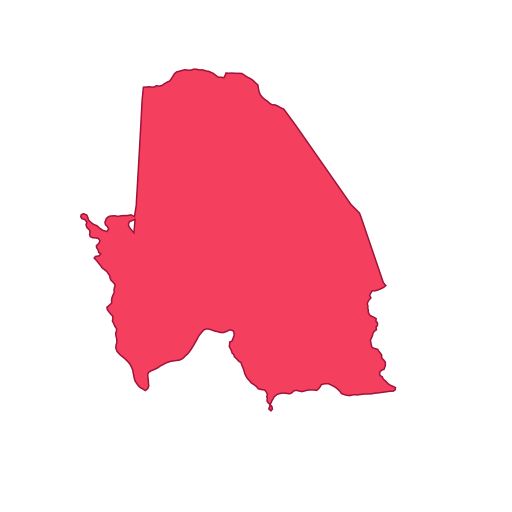 Verdelândia, Minas Gerais, Brazil, rotated 291°
{"feature_id": "56859067B9302014521785", "entity_name": "Verdelândia", "entity_type": "district", "adm_level": 2, "iso_a3": "BRA", "parent_name": "Brazil", "parent_adm1": "Minas Gerais", "projection": "equal_earth", "projection_center": [-43.704, -15.563], "detail": "fine", "context": "isolated", "style": "filled", "palette": "rose", "viewbox_px": 512, "rotation_deg": 291, "n_neighbors": 0, "source": "geoboundaries", "source_scale": "gbopen_adm2", "svg_char_len": 4744}
<svg xmlns="http://www.w3.org/2000/svg" viewBox="0 0 512 512"><g transform="rotate(291 256 256)"><path d="M90.7,200.9L93.5,202.5L96.2,202.5L98.7,201.2L101.3,200.0L103.8,198.7L106.4,197.4L108.8,197.4L111.0,199.1L113.5,201.6L115.8,203.9L119.3,206.3L121.8,208.6L123.4,209.8L124.9,211.5L126.8,213.7L128.3,216.2L129.6,218.5L131.4,221.9L134.0,224.3L135.9,225.2L137.9,226.0L139.7,227.1L142.3,228.0L145.7,228.9L147.9,229.3L150.6,229.8L153.6,230.3L156.5,230.7L159.4,231.0L161.4,231.4L163.7,232.1L165.5,232.7L168.1,233.7L170.1,235.7L170.9,238.1L171.1,241.1L171.1,243.9L171.5,246.7L171.9,250.5L172.8,252.9L174.2,254.7L175.9,256.4L177.8,258.2L178.0,261.6L175.5,263.5L173.5,264.1L171.8,264.0L169.8,264.1L167.9,264.0L166.3,262.3L164.0,263.0L161.9,263.5L160.3,265.4L158.8,267.0L156.8,268.5L155.9,270.7L154.2,271.9L153.2,274.5L151.6,277.7L150.9,280.6L149.3,281.5L147.7,283.2L145.9,284.8L144.3,286.1L142.0,287.8L140.0,290.0L138.5,292.0L137.2,294.7L135.7,297.3L135.2,300.3L134.2,303.4L132.8,305.7L133.3,309.2L134.0,312.1L132.8,314.2L130.8,316.3L128.7,316.4L127.0,317.6L124.7,318.2L123.3,319.9L122.4,322.3L124.5,322.7L126.6,322.7L128.6,323.1L131.2,323.5L134.0,325.1L135.8,327.1L137.6,330.0L138.5,332.9L139.3,336.6L141.2,338.6L143.4,339.4L145.0,341.7L145.4,344.6L145.8,347.4L147.2,349.4L148.9,351.7L150.3,354.4L151.4,357.2L152.3,360.8L154.1,361.9L156.7,362.7L159.3,363.1L161.2,365.6L162.7,369.3L162.5,372.8L162.0,376.6L161.1,379.7L159.8,382.6L158.2,385.2L158.3,389.1L159.0,393.0L160.3,395.0L161.5,396.8L162.5,400.1L164.0,403.0L165.2,405.1L166.3,407.3L167.5,410.4L168.7,413.3L170.3,415.7L171.8,418.8L173.4,421.7L174.6,423.9L175.7,425.9L176.9,428.0L178.0,430.1L179.1,432.7L181.0,433.9L183.1,433.4L183.4,431.0L183.5,428.0L184.0,425.4L185.6,422.0L186.7,418.9L188.5,417.1L188.8,414.6L191.7,413.1L194.4,414.2L196.0,416.1L197.9,416.1L200.6,415.9L203.2,414.8L204.7,412.5L205.8,409.9L208.5,408.9L210.0,406.8L211.2,404.6L212.5,403.0L212.2,400.0L212.1,397.3L214.1,395.6L216.1,394.4L218.4,393.0L221.3,393.2L224.1,393.2L226.0,392.9L228.1,393.4L230.3,394.9L232.5,393.6L234.7,394.3L237.1,393.4L238.2,391.3L240.6,390.6L241.0,388.1L241.2,385.5L241.7,383.1L243.9,380.9L245.9,380.2L247.4,379.0L249.3,378.5L251.1,377.0L253.0,376.9L255.6,377.3L258.1,378.3L259.9,376.2L262.6,376.4L265.2,377.0L266.0,379.3L267.3,381.2L269.2,383.4L271.0,385.1L272.4,386.4L274.9,387.8L276.8,384.4L329.6,340.4L333.2,337.2L338.1,326.2L392.1,246.4L403.1,229.3L403.2,226.6L403.8,222.7L403.9,219.5L403.0,217.2L403.3,214.4L404.5,211.6L405.4,207.8L406.8,204.4L408.5,201.8L410.8,199.8L413.5,198.1L416.4,196.4L417.4,193.6L418.4,191.5L419.2,189.2L419.7,186.5L419.9,183.6L420.7,180.4L421.3,177.2L420.3,174.3L419.2,171.3L418.1,167.8L416.8,164.9L416.1,162.4L413.8,162.5L410.9,162.1L410.4,159.3L409.4,156.8L410.2,153.8L411.2,150.6L411.3,148.2L411.5,145.8L410.9,143.4L410.7,139.6L409.3,136.0L409.1,133.6L408.1,130.9L406.2,128.7L405.2,126.1L404.4,122.8L402.3,119.9L400.7,117.7L399.4,115.9L396.9,114.5L394.3,114.1L392.4,113.7L390.5,113.3L388.4,112.7L386.8,111.0L384.2,108.9L381.4,107.0L379.8,104.6L379.3,101.9L377.5,100.7L376.3,98.3L375.9,96.0L374.5,93.2L373.2,90.4L360.8,93.8L338.3,101.1L331.5,103.3L304.1,112.1L272.4,122.2L265.9,124.2L263.0,125.2L260.2,126.1L249.2,128.4L249.6,124.5L247.6,121.3L246.2,117.7L245.1,115.4L243.6,113.2L242.9,109.6L241.6,106.7L240.5,104.8L238.9,103.6L237.2,102.8L233.3,102.9L231.3,104.2L230.3,106.6L228.6,108.7L225.4,108.1L225.1,103.9L225.9,100.1L227.3,96.6L227.3,93.5L228.0,90.3L229.6,86.7L231.9,85.0L233.6,83.3L233.7,79.7L231.9,78.1L229.9,78.3L228.5,79.9L228.7,82.9L227.0,86.0L224.3,86.1L222.0,87.9L220.4,91.5L218.1,92.7L216.3,93.0L214.7,94.3L214.5,97.0L215.3,99.3L215.9,102.4L214.5,104.7L212.4,104.9L210.3,104.2L208.4,103.3L206.5,104.3L205.3,106.3L202.9,107.9L202.4,110.3L199.9,109.5L198.1,106.3L196.0,105.7L194.6,108.8L192.5,112.3L191.0,114.9L189.7,116.7L189.0,119.4L188.0,122.4L186.7,124.2L185.3,126.3L183.4,127.5L181.6,129.0L180.3,131.9L179.1,134.1L177.5,135.2L175.5,135.1L173.3,135.7L171.1,136.7L168.8,136.5L166.7,136.4L164.8,136.6L162.8,137.0L160.7,138.1L158.9,137.4L156.8,136.4L154.7,135.2L152.7,136.4L151.1,138.8L149.8,141.1L148.4,143.9L146.3,144.8L143.9,145.2L142.1,147.2L139.9,149.3L138.1,152.0L136.0,152.6L133.8,152.6L131.2,153.9L129.0,155.5L127.3,156.3L124.9,157.1L122.5,157.3L119.8,158.1L117.2,160.4L115.8,163.0L114.9,165.0L114.1,167.6L112.9,170.9L111.4,174.3L110.2,176.5L108.9,178.2L106.9,180.3L105.2,181.9L103.5,182.8L101.7,184.0L99.9,185.1L97.7,186.5L96.0,187.9L94.2,190.3L92.6,192.9L91.7,195.0L91.3,197.8L90.7,200.9ZM246.8,130.0L234.0,133.7L235.2,131.3L236.3,129.3L237.9,126.9L240.0,125.5L242.5,125.5L244.7,127.7L246.8,130.0ZM122.4,322.3L120.2,322.7L117.8,322.8L116.8,325.4L118.9,326.2L121.2,324.8L122.4,322.3Z" fill="#f43f5e" stroke="#9f1239" stroke-width="1.5"/></g></svg>